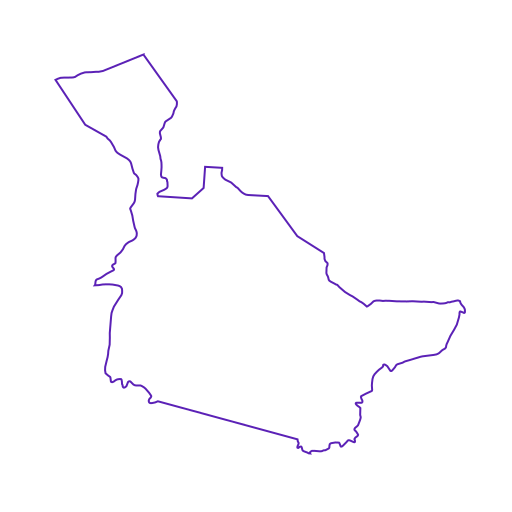 outline of Santa Maria, La Paz, Honduras, rotated 184°
{"feature_id": "27666195B95776032700257", "entity_name": "Santa Maria", "entity_type": "district", "adm_level": 2, "iso_a3": "HND", "parent_name": "Honduras", "parent_adm1": "La Paz", "projection": "albers", "projection_center": [-87.93, 14.257], "detail": "fine", "context": "isolated", "style": "outline", "palette": "violet", "viewbox_px": 512, "rotation_deg": 184, "n_neighbors": 0, "source": "geoboundaries", "source_scale": "gbopen_adm2", "svg_char_len": 6035}
<svg xmlns="http://www.w3.org/2000/svg" viewBox="0 0 512 512"><g transform="rotate(184 256 256)"><path d="M49.3,225.1L50.9,225.7L51.9,225.7L53.8,225.2L55.8,224.5L57.5,224.1L59.5,223.3L61.3,223.3L62.8,222.5L64.0,222.1L66.1,221.7L68.7,221.4L70.1,221.4L75.7,222.5L77.8,222.2L85.4,222.2L87.5,221.9L96.7,221.8L102.2,221.2L112.5,220.6L119.7,220.6L123.7,220.4L126.2,220.0L129.3,220.2L132.6,220.0L134.2,219.6L135.6,219.0L138.1,216.2L141.0,213.8L141.9,213.3L145.2,215.8L146.5,216.6L147.7,217.3L149.5,218.0L152.0,219.6L156.8,222.4L159.6,223.6L164.7,226.3L170.6,230.7L172.9,232.9L174.1,233.1L175.7,233.9L179.6,235.6L181.1,236.5L181.8,237.4L182.5,239.7L183.1,241.0L184.1,242.5L184.6,243.9L184.8,249.5L184.1,251.7L184.0,252.8L184.1,253.6L184.3,254.0L186.4,255.7L187.3,257.5L187.5,258.3L187.6,259.8L188.4,263.7L216.2,278.7L248.2,316.6L268.1,316.3L270.3,316.5L271.9,317.1L274.0,318.2L275.1,319.0L276.3,320.0L278.9,322.5L279.5,322.9L280.5,323.3L285.8,327.5L287.2,328.1L291.9,330.0L293.3,331.0L294.7,332.2L295.3,332.9L295.7,333.6L296.1,335.5L296.2,336.7L295.8,339.4L295.9,341.6L313.0,341.4L313.0,320.2L323.9,309.0L357.9,308.8L358.5,310.1L358.7,311.3L357.4,312.7L356.7,313.3L352.1,315.7L350.2,317.1L349.6,317.7L349.3,318.3L349.1,319.0L349.1,320.0L349.5,323.5L350.0,324.6L350.1,325.7L350.5,326.3L351.1,326.9L351.9,327.4L354.0,327.6L355.4,328.0L356.0,328.7L356.4,330.2L356.5,330.8L356.4,334.6L356.4,337.9L356.6,340.4L356.9,342.9L357.4,344.8L358.0,346.2L358.5,348.9L360.7,355.0L361.3,357.7L361.2,360.6L360.8,362.7L360.5,363.7L359.8,364.6L359.7,365.3L359.1,365.9L359.0,366.5L359.2,367.9L360.4,371.5L360.5,372.4L360.5,373.3L360.2,374.1L357.8,377.2L357.3,378.1L356.4,382.1L355.9,383.5L355.2,384.2L350.4,387.9L349.6,389.1L348.6,391.7L348.3,392.8L348.1,394.4L347.8,395.5L346.9,397.6L345.8,399.6L345.5,401.8L345.6,403.8L345.8,404.8L382.2,448.9L382.2,449.2L421.6,429.9L425.7,428.8L428.4,428.6L433.8,427.8L437.6,427.5L439.6,427.2L443.4,425.7L446.5,423.9L449.0,422.0L450.8,421.4L453.0,421.1L459.7,420.6L463.4,420.1L466.2,418.9L468.3,417.7L435.5,375.0L413.6,364.6L412.2,362.8L409.9,361.1L408.6,359.6L405.3,354.8L403.5,351.3L402.1,349.8L401.0,349.0L398.5,347.6L391.6,344.4L389.7,343.1L388.5,342.0L387.6,340.8L387.0,339.5L385.3,334.4L384.1,331.5L383.6,330.3L383.0,329.6L381.5,328.7L380.6,327.8L379.3,326.2L378.7,325.0L378.6,323.5L378.8,321.1L379.2,318.5L380.1,315.0L380.3,313.7L380.6,309.5L380.6,303.7L380.8,302.2L381.1,301.2L381.6,300.1L384.4,295.7L384.8,294.7L384.8,294.3L383.9,292.3L382.2,287.7L381.0,282.7L379.2,276.7L378.7,275.3L377.4,273.1L376.8,271.6L376.5,270.4L376.5,269.1L376.5,268.1L376.8,267.0L377.6,265.4L379.3,263.7L380.7,262.7L382.8,261.6L384.0,260.9L385.4,259.7L386.6,258.6L387.9,256.7L389.2,253.5L390.6,251.3L391.5,250.0L394.6,247.0L395.5,245.8L395.9,245.0L396.0,244.2L395.7,240.9L395.7,239.2L396.2,238.6L398.1,237.4L398.6,236.8L398.8,236.2L398.8,235.7L398.5,235.1L398.0,234.5L397.1,233.6L396.8,233.1L396.7,232.6L396.9,232.1L397.5,231.6L399.6,230.4L403.9,227.7L407.5,224.8L409.1,223.6L410.8,222.6L413.2,221.5L413.7,221.0L414.1,220.2L414.3,219.1L414.4,216.2L414.8,215.5L410.7,216.0L407.0,216.9L403.5,217.3L400.3,217.5L397.0,217.5L391.5,216.9L389.8,216.4L388.4,215.5L387.4,213.9L387.1,211.9L387.0,209.6L387.6,207.5L390.4,202.7L394.2,195.6L395.4,191.8L396.1,189.1L396.3,185.8L396.5,169.0L396.1,164.1L395.8,157.3L396.7,151.1L396.7,147.8L397.0,144.7L397.7,140.9L398.7,134.9L398.6,131.5L397.9,128.5L395.1,126.4L393.7,125.6L393.0,125.1L392.7,124.4L392.3,122.3L392.0,120.8L391.8,120.4L391.4,120.2L390.7,120.1L389.9,120.4L388.9,121.0L387.6,122.2L385.9,123.2L383.8,123.7L382.5,123.8L381.9,123.7L381.5,123.2L381.0,121.3L380.7,118.9L380.1,117.9L379.8,116.4L379.3,115.8L378.9,115.5L378.4,115.5L377.8,115.7L377.1,116.2L376.5,116.8L376.1,117.3L374.9,121.3L374.3,121.9L373.5,122.2L373.0,122.2L372.5,122.0L369.4,119.3L368.2,118.7L366.8,118.5L362.3,118.8L361.6,118.6L360.6,118.2L358.5,117.1L356.9,115.9L353.1,112.1L351.1,109.6L350.7,108.9L350.9,108.0L351.3,107.2L352.0,106.5L352.4,105.9L352.7,105.1L352.9,104.3L352.8,103.5L352.5,102.7L352.0,102.2L351.3,101.9L350.4,101.9L349.2,102.1L346.4,102.9L343.8,104.2L343.1,104.1L201.8,76.0L201.4,74.1L200.4,72.4L200.5,71.4L201.1,69.7L201.4,68.5L201.4,68.0L201.2,67.6L200.8,67.5L200.4,67.5L198.9,68.8L198.3,69.0L197.6,69.0L197.1,68.4L196.3,66.1L196.0,65.4L195.6,65.0L194.5,64.5L191.1,63.5L189.6,62.8L188.3,62.8L188.6,63.2L188.5,63.9L187.3,65.1L186.6,65.5L184.1,65.7L178.5,65.6L176.7,65.9L175.1,66.8L173.2,67.1L170.0,69.1L169.7,69.5L169.5,70.1L169.5,72.0L169.3,73.4L168.8,74.0L168.0,74.5L163.9,75.5L161.5,75.6L160.2,75.6L159.8,75.2L159.0,73.6L158.3,72.1L158.0,71.8L157.6,71.8L157.0,72.0L156.0,72.9L152.8,76.6L151.7,78.1L151.1,78.6L150.4,78.7L149.5,78.6L145.7,77.2L144.8,77.1L144.4,77.4L144.3,77.8L144.4,78.4L144.5,79.2L145.0,80.0L144.9,80.7L144.1,81.9L142.4,83.3L141.9,84.0L141.7,84.7L142.3,85.8L143.9,87.9L145.4,89.1L145.7,89.7L145.7,90.2L145.5,90.8L145.1,91.5L143.2,93.3L142.4,94.3L140.8,99.5L140.4,101.3L140.3,102.5L140.5,103.2L141.0,104.7L141.3,111.6L142.3,112.5L144.3,113.7L145.4,114.6L146.1,115.4L146.2,115.7L146.2,116.0L145.9,116.5L145.0,116.7L140.8,116.9L140.2,117.1L139.7,117.8L139.7,118.6L139.9,119.4L140.7,120.6L141.2,121.8L141.5,122.7L141.3,123.5L136.8,126.3L131.5,129.2L130.9,129.7L130.8,130.6L131.4,134.9L131.4,137.6L131.2,141.4L130.6,144.1L130.1,145.1L129.4,146.4L127.4,148.9L125.4,151.1L122.7,153.4L121.7,154.5L121.5,155.1L121.6,156.0L121.3,156.4L120.7,156.7L120.0,156.7L118.9,156.2L117.3,155.2L114.0,150.9L113.5,150.7L113.0,150.7L112.5,151.0L112.0,151.5L109.7,154.6L108.6,156.8L108.0,157.4L107.3,157.9L102.3,159.8L100.5,161.0L99.6,161.4L96.0,162.7L85.0,166.9L83.0,167.5L71.9,169.7L69.2,170.4L67.8,171.1L66.5,172.0L63.8,174.9L62.6,175.8L61.3,176.6L60.7,177.2L60.1,178.3L60.0,179.9L59.6,181.6L58.9,183.3L56.5,189.9L53.2,196.4L50.9,201.5L49.3,208.7L48.9,211.8L49.0,212.7L49.0,213.7L48.8,214.6L48.5,214.9L48.1,214.9L45.4,214.1L44.5,213.7L44.0,213.9L43.7,214.4L43.7,215.3L43.8,216.5L44.0,217.4L44.5,218.4L45.3,219.6L47.4,221.6L48.2,222.6L48.9,223.7L49.3,225.1Z" fill="none" stroke="#5b21b6" stroke-width="2"/></g></svg>